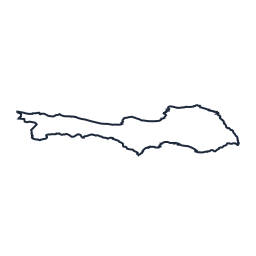 outline of Snæfellsbær, Vesturland, Iceland, rotated 183°
{"feature_id": "244011B30460955116065", "entity_name": "Snæfellsbær", "entity_type": "district", "adm_level": 2, "iso_a3": "ISL", "parent_name": "Iceland", "parent_adm1": "Vesturland", "projection": "robinson", "projection_center": [-23.52, 64.838], "detail": "fine", "context": "isolated", "style": "outline", "palette": "slate", "viewbox_px": 256, "rotation_deg": 183, "n_neighbors": 0, "source": "geoboundaries", "source_scale": "gbopen_adm2", "svg_char_len": 5722}
<svg xmlns="http://www.w3.org/2000/svg" viewBox="0 0 256 256"><g transform="rotate(183 128 128)"><path d="M116.2,101.6L116.1,101.8L115.1,102.1L113.2,103.7L112.6,103.9L112.3,104.5L112.3,104.9L111.9,105.4L112.3,105.7L111.8,106.4L110.2,108.2L108.7,109.1L107.6,109.5L106.9,109.2L106.0,109.3L106.5,109.5L106.2,109.7L106.2,109.9L105.9,109.9L106.0,110.2L105.8,110.4L105.2,110.6L103.8,110.4L101.4,110.6L100.5,110.5L100.0,110.0L96.6,110.0L96.3,110.2L96.5,110.3L96.4,110.6L96.1,110.5L95.6,110.6L95.4,110.8L95.5,111.0L95.2,111.1L95.4,111.2L95.2,111.4L95.2,111.6L95.7,111.7L95.6,112.3L93.9,113.6L94.2,114.0L93.9,114.0L92.7,114.9L90.9,115.8L89.8,116.0L87.6,116.1L85.4,115.3L79.7,115.6L79.4,115.4L79.6,115.2L78.6,115.4L77.7,115.2L77.8,115.1L77.5,115.0L78.0,114.6L77.9,114.3L77.9,114.6L77.7,114.8L77.4,114.7L77.6,114.5L77.4,114.7L76.8,114.6L77.4,114.2L78.4,114.1L76.4,113.9L75.1,114.1L73.3,113.4L66.8,112.9L63.5,111.8L60.1,110.2L59.1,109.5L59.7,108.7L60.0,108.8L59.8,108.7L59.1,109.3L58.3,109.0L58.8,108.4L57.9,108.1L58.2,108.1L58.1,107.9L58.4,108.0L58.5,108.0L59.9,108.4L60.4,108.3L57.3,107.6L53.1,107.4L51.1,107.8L48.9,108.5L48.2,108.5L47.7,108.4L47.6,108.7L46.9,109.0L46.3,108.9L45.5,109.0L43.8,110.3L42.7,110.3L41.6,110.0L40.9,109.4L40.3,109.2L39.7,109.3L38.4,110.4L38.3,110.8L36.3,111.8L36.1,112.8L34.7,113.3L33.5,113.4L32.8,113.7L31.6,115.0L29.3,115.9L28.9,116.2L28.6,116.6L28.3,117.6L27.6,117.9L26.6,118.0L24.4,117.6L23.1,117.8L21.8,118.3L20.2,118.3L18.7,117.6L18.2,116.9L17.4,116.8L17.0,117.1L17.0,117.6L16.7,118.1L16.6,118.7L16.6,118.9L16.8,119.1L17.1,119.2L17.0,119.3L17.2,119.5L17.4,120.7L17.9,121.3L18.0,121.8L18.0,122.4L17.9,122.4L18.1,122.9L18.3,124.4L19.0,125.3L20.0,125.9L20.8,127.3L22.3,128.7L22.8,129.8L22.9,130.5L23.5,130.9L23.7,131.2L25.5,131.5L25.7,131.9L27.0,133.1L28.2,133.0L28.5,133.1L28.5,133.4L29.9,133.9L30.1,134.9L30.9,136.6L31.5,137.0L32.1,137.2L32.6,138.3L32.4,138.6L32.6,138.7L32.9,139.8L33.2,140.2L33.9,140.5L34.2,141.1L35.2,141.4L35.7,142.0L36.5,142.5L36.5,142.8L36.8,143.1L36.4,144.0L36.5,144.1L36.5,144.6L37.2,144.9L37.3,145.2L38.3,145.5L39.2,146.1L39.1,146.5L39.5,146.9L39.1,147.1L39.3,147.2L39.1,147.3L39.4,147.3L39.3,147.5L39.7,147.4L39.4,147.7L39.6,147.8L39.5,148.0L40.1,148.2L39.9,148.6L40.0,148.8L42.3,148.6L42.7,148.7L42.8,149.1L43.0,149.2L44.5,149.2L45.0,149.5L46.3,149.5L46.7,149.7L47.7,149.8L47.5,150.3L47.6,150.5L48.2,150.6L49.2,150.4L50.9,151.2L53.2,151.6L55.5,152.3L56.9,152.4L57.5,153.3L58.0,153.6L57.8,153.9L58.8,153.9L59.9,154.4L61.3,154.2L61.9,153.6L63.3,153.3L63.3,153.1L63.7,152.9L65.4,152.5L68.6,152.1L70.4,152.3L71.1,152.0L71.7,152.1L71.8,151.9L73.6,151.4L74.3,151.4L74.8,151.5L75.1,151.3L77.7,150.8L78.5,150.9L79.6,150.6L80.9,151.0L82.0,151.1L82.9,151.4L85.3,151.7L87.2,151.8L88.2,151.4L88.9,150.8L88.8,150.7L89.0,150.2L88.7,149.6L87.8,149.0L87.9,148.5L88.5,148.4L88.6,148.2L89.1,147.9L89.4,148.0L89.2,147.7L89.7,147.8L89.7,147.3L90.3,147.3L90.1,146.7L90.5,146.1L91.0,146.3L91.1,146.2L91.0,145.9L91.9,145.6L92.0,145.3L91.9,145.3L92.9,145.0L93.0,144.6L92.8,144.5L92.9,144.4L92.5,144.2L92.2,144.0L92.4,144.1L92.2,144.2L91.8,144.1L90.7,142.8L92.2,140.7L92.1,140.0L94.3,139.1L95.0,139.1L94.9,138.7L95.3,138.3L95.4,138.0L95.8,137.9L96.7,137.0L99.5,136.4L104.0,136.0L108.3,135.9L112.8,136.3L114.8,136.3L115.3,136.4L116.7,137.2L120.3,138.1L121.6,138.7L123.3,138.9L124.1,139.4L124.9,139.4L126.3,139.0L127.8,138.9L129.8,138.1L131.3,138.0L132.4,137.6L132.7,137.2L132.8,136.8L133.0,136.8L133.3,136.1L133.9,135.5L133.8,134.6L133.3,134.0L134.1,133.2L134.8,132.8L134.7,132.4L134.9,132.0L134.3,131.7L135.4,131.1L137.4,130.8L142.0,130.7L143.4,130.4L144.9,130.7L145.6,130.6L148.5,131.1L151.4,130.9L155.3,131.0L165.0,132.8L171.6,134.3L173.2,134.4L176.5,134.9L179.4,135.7L180.3,136.2L182.0,136.2L182.5,136.6L183.3,136.6L184.4,136.4L185.1,136.5L185.7,136.3L186.0,136.4L186.1,136.6L186.9,136.5L188.6,136.6L189.8,136.4L192.6,136.5L195.6,137.3L197.1,138.3L198.2,137.5L200.0,137.2L201.4,136.8L201.7,136.3L203.1,135.6L207.2,135.8L208.8,136.2L211.8,137.6L213.0,137.9L215.0,137.7L216.3,137.1L216.8,137.3L217.1,137.6L217.2,138.5L218.0,138.6L221.0,137.9L224.1,137.6L224.3,137.1L227.8,136.9L231.3,137.3L232.7,137.8L233.1,137.8L239.4,138.6L239.4,138.1L239.1,137.8L238.2,138.0L238.0,137.9L237.9,137.4L235.6,136.6L235.5,134.0L237.3,132.4L237.1,132.1L237.5,131.7L232.0,131.5L231.5,128.9L228.9,128.5L226.8,129.2L221.7,128.6L220.5,128.0L219.4,126.8L223.6,121.9L224.6,121.1L224.5,120.4L223.9,119.2L224.1,117.5L223.5,116.9L223.7,116.7L223.7,116.1L223.6,115.6L223.2,115.3L223.4,115.2L223.4,114.8L223.0,114.2L223.3,114.0L223.5,113.7L222.9,113.2L223.0,113.1L222.9,113.0L222.9,112.8L222.8,112.6L219.4,111.7L217.5,111.8L217.2,111.6L216.9,111.7L215.8,111.2L215.0,111.3L214.8,111.7L209.5,113.1L208.9,113.5L208.4,114.3L208.4,114.9L209.1,115.5L209.3,116.5L207.4,117.4L205.6,117.4L204.2,117.8L199.8,118.0L199.3,118.8L197.7,118.6L196.5,119.0L195.2,118.2L193.5,117.7L192.1,118.3L190.9,118.2L189.6,118.8L188.6,118.7L187.0,118.2L185.7,117.5L184.2,116.4L181.8,116.4L177.9,119.0L176.2,119.0L175.0,118.4L173.5,116.3L172.9,116.1L172.2,116.4L171.6,116.1L171.4,117.1L170.6,117.5L168.9,117.8L165.2,119.3L163.3,119.7L162.3,119.3L160.6,119.1L159.8,118.7L158.6,119.1L157.1,118.9L155.1,118.1L153.9,118.1L153.1,117.5L152.5,117.2L148.7,116.9L148.0,116.3L146.3,116.8L146.0,117.1L145.3,117.3L144.5,117.4L142.6,117.2L142.6,116.9L142.9,116.5L142.7,116.3L141.5,116.2L140.7,115.8L139.8,115.7L139.3,115.3L138.0,115.2L136.1,114.2L135.9,113.7L135.7,113.6L134.5,113.3L132.6,112.3L132.1,111.7L132.2,110.6L131.6,109.2L129.6,109.1L128.6,108.7L128.0,107.7L128.0,107.4L127.5,107.2L124.4,106.7L122.7,106.7L121.7,106.5L121.2,105.6L117.9,104.3L117.1,103.7L117.4,103.4L117.6,102.7L116.8,102.3L116.2,101.6Z" fill="none" stroke="#1e293b" stroke-width="2"/></g></svg>